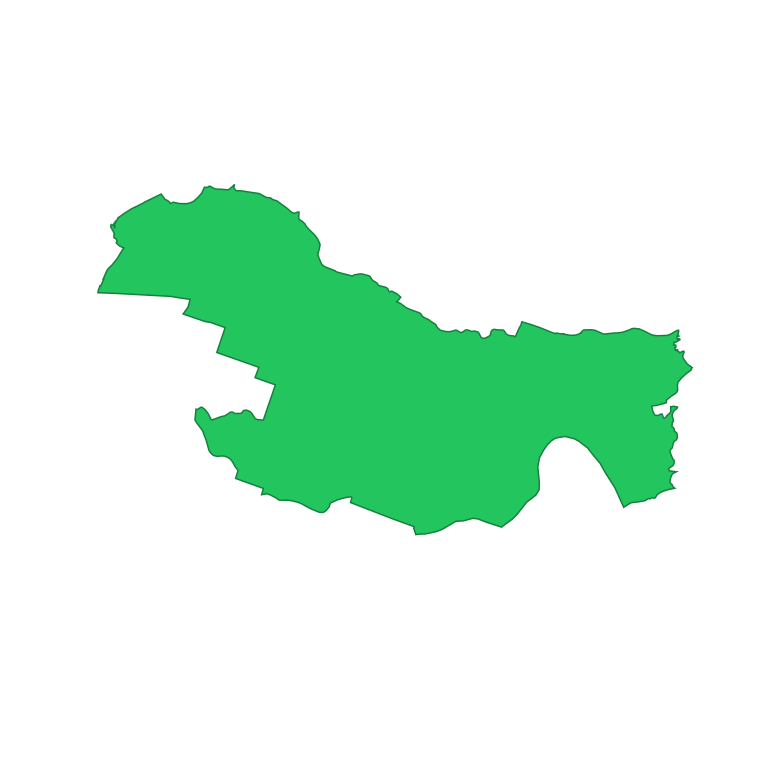 Pardina, Tulcea, Romania, rotated 198°
{"feature_id": "2599482B7661903107032", "entity_name": "Pardina", "entity_type": "district", "adm_level": 2, "iso_a3": "ROU", "parent_name": "Romania", "parent_adm1": "Tulcea", "projection": "mercator", "projection_center": [29.053, 45.284], "detail": "fine", "context": "isolated", "style": "filled", "palette": "green", "viewbox_px": 768, "rotation_deg": 198, "n_neighbors": 0, "source": "geoboundaries", "source_scale": "gbopen_adm2", "svg_char_len": 6121}
<svg xmlns="http://www.w3.org/2000/svg" viewBox="0 0 768 768"><g transform="rotate(198 384 384)"><path d="M109.7,453.5L110.3,456.2L107.2,460.9L103.7,465.4L103.1,466.6L102.8,469.0L104.5,473.2L105.0,476.4L104.1,478.5L103.4,480.6L102.7,482.1L100.2,486.4L96.2,492.3L96.1,493.6L96.4,493.9L96.0,494.9L101.7,496.7L107.5,501.0L108.1,501.9L108.5,503.1L108.6,505.2L108.4,507.1L108.8,507.7L109.2,507.8L109.9,507.6L112.4,505.1L113.9,506.1L114.5,505.9L115.4,506.3L115.5,507.4L116.0,507.2L116.7,506.2L116.9,506.1L117.3,506.2L117.3,506.7L118.1,507.1L118.6,508.3L117.9,508.7L117.7,509.2L118.5,511.2L118.8,511.2L119.9,510.5L120.7,510.7L120.6,512.0L120.9,512.4L121.1,513.2L120.4,513.7L119.3,514.0L116.2,517.7L116.4,517.9L117.0,517.8L117.3,518.2L117.8,518.1L118.1,517.8L117.9,517.1L118.3,517.0L118.7,517.3L120.0,519.1L120.0,520.0L119.8,520.3L118.9,520.2L118.3,520.4L118.4,520.8L119.9,522.1L119.8,524.5L120.1,524.8L120.1,525.3L120.5,526.2L122.2,525.2L126.3,520.5L129.3,517.9L138.2,514.6L140.2,514.1L144.0,513.5L146.4,513.7L151.5,514.6L158.5,515.3L159.6,514.8L161.9,514.6L164.1,513.9L165.6,513.0L167.3,511.4L172.8,507.1L178.5,504.4L180.2,503.9L190.1,499.5L191.5,499.4L198.8,500.2L200.9,500.2L204.1,499.5L210.3,497.3L211.2,496.7L211.6,496.1L212.1,494.7L212.2,493.6L212.7,493.7L213.7,492.1L215.2,490.9L216.9,489.7L221.7,487.9L227.0,487.1L227.7,487.0L227.8,487.4L228.3,487.4L228.4,487.1L229.9,486.9L229.9,486.6L235.9,485.7L236.1,485.0L240.7,484.9L253.1,485.8L261.9,486.0L272.1,485.8L272.0,482.1L272.7,479.4L273.7,469.6L275.6,469.8L277.3,469.3L280.8,468.8L283.5,469.4L286.1,471.7L287.0,472.1L287.7,472.1L292.2,470.7L296.3,470.0L297.4,469.1L298.1,468.0L298.3,467.2L298.1,463.7L298.8,462.0L300.7,460.1L303.2,458.1L305.9,458.2L309.7,461.9L310.8,462.5L314.1,462.4L317.1,461.0L320.3,461.3L322.8,460.9L325.9,457.1L326.4,456.8L327.7,456.7L331.6,457.6L332.7,457.4L333.7,456.5L337.4,454.2L339.3,453.5L341.6,453.0L345.7,452.6L347.4,452.7L350.2,453.9L351.5,454.8L352.8,456.3L353.9,456.8L358.6,458.0L361.4,459.0L366.2,459.6L368.5,460.3L370.5,462.0L372.0,462.6L383.1,463.0L386.8,463.5L393.2,465.7L397.3,466.1L396.5,467.4L394.9,471.8L400.0,473.9L402.3,474.1L404.8,474.7L405.8,474.6L406.5,473.5L407.2,473.3L408.4,474.1L409.5,475.5L411.0,476.2L412.1,476.5L419.3,476.1L420.6,476.7L421.6,477.8L426.6,479.0L428.7,480.3L430.3,481.8L431.8,482.3L438.4,481.9L440.9,481.3L446.2,478.5L447.4,476.9L462.4,476.0L464.6,476.1L465.0,476.4L467.7,476.7L477.2,477.3L480.3,478.7L484.4,483.2L487.0,486.8L487.3,493.1L487.8,496.0L487.7,496.4L488.2,497.3L489.6,499.0L492.4,501.8L496.1,504.4L504.0,508.3L506.3,509.6L508.8,511.9L511.1,513.0L515.7,514.4L516.7,516.2L517.9,521.2L519.1,521.0L521.2,519.1L523.3,518.5L525.9,519.1L530.3,521.1L542.5,525.1L547.0,525.0L548.8,525.8L551.0,525.7L551.8,525.3L553.9,525.1L561.4,526.6L580.6,523.4L583.9,522.2L585.1,522.5L587.0,523.8L587.6,524.6L587.6,526.4L587.8,527.1L588.2,526.9L589.0,525.2L591.0,522.0L591.8,520.9L592.8,520.4L600.7,518.5L602.5,517.8L604.9,517.4L606.4,517.5L610.3,518.3L611.1,518.3L612.3,516.9L613.9,516.0L615.5,515.7L616.4,509.2L618.6,504.0L621.2,499.4L623.6,496.9L627.2,494.6L634.3,492.4L640.5,491.8L642.5,490.0L643.3,489.6L644.2,490.8L646.8,491.6L649.4,492.0L654.6,495.8L667.5,483.4L669.5,481.1L674.7,476.0L678.1,472.8L683.8,466.0L687.4,461.0L688.2,460.1L688.0,459.9L688.4,459.3L688.4,458.2L689.2,456.8L689.1,455.9L689.8,455.5L689.1,454.3L689.1,454.0L689.8,454.0L690.4,453.6L690.4,453.0L688.9,451.8L688.5,449.4L688.8,449.5L689.1,450.7L690.1,451.7L690.7,451.1L691.1,451.4L692.5,451.5L692.8,451.0L692.7,449.4L692.2,448.7L688.4,445.2L687.3,444.0L686.6,441.5L686.4,440.3L685.6,439.5L683.6,439.2L681.9,437.1L682.4,435.7L681.7,435.1L678.4,433.6L674.6,433.0L673.4,433.2L673.3,432.5L673.6,431.7L674.2,430.9L676.5,421.0L679.4,413.3L681.9,408.6L682.7,405.6L683.5,396.9L683.0,397.0L683.7,389.8L684.5,389.8L684.6,384.3L684.3,382.4L668.5,386.9L614.0,401.4L605.1,402.7L594.6,404.6L594.1,396.8L596.7,388.5L573.2,388.1L568.0,389.0L552.5,388.5L552.8,362.3L508.2,361.2L508.6,350.2L487.0,349.6L487.5,321.5L487.6,312.3L493.1,311.1L495.7,311.2L500.1,314.8L502.1,316.1L504.3,316.6L507.0,316.6L509.4,315.4L509.8,314.4L510.1,313.0L511.2,311.7L516.9,309.9L519.6,310.5L521.3,309.8L524.6,305.6L525.7,304.4L528.6,302.8L536.2,296.9L537.3,296.8L538.3,297.6L541.8,301.3L544.3,303.1L546.5,304.4L549.1,305.4L550.0,305.6L551.0,305.3L553.3,302.4L554.3,301.9L555.0,302.0L552.7,291.4L549.4,288.6L542.2,283.6L535.2,274.8L530.0,266.8L527.6,264.9L524.3,263.4L520.7,263.5L515.8,265.5L513.2,266.1L510.1,266.0L506.4,264.9L503.4,262.6L500.2,259.5L496.1,256.7L496.0,248.3L466.5,247.4L466.2,240.9L461.7,243.3L460.6,243.5L457.6,243.3L452.0,242.4L447.8,241.1L439.0,243.9L434.1,244.6L430.0,244.8L426.6,244.8L416.4,242.9L413.0,242.5L406.0,242.0L404.4,242.3L402.3,243.0L401.1,244.1L400.1,245.4L398.2,250.0L398.2,254.2L397.7,254.7L391.5,260.2L384.1,264.9L380.5,266.5L379.4,265.9L379.3,260.9L333.4,258.4L311.2,257.6L311.2,256.1L307.2,250.6L303.2,252.5L298.8,253.9L289.1,259.5L285.5,262.2L282.4,265.2L273.4,275.5L266.0,278.5L258.2,283.6L253.4,284.7L243.5,284.2L227.9,284.2L227.1,285.6L220.2,295.1L217.2,300.9L211.8,315.7L205.3,325.1L203.8,331.4L206.0,338.7L212.2,353.0L213.3,361.9L212.0,369.4L210.0,376.4L207.2,381.9L204.5,385.1L202.3,386.6L195.5,390.1L185.9,390.7L180.7,389.7L170.6,386.1L161.7,380.1L154.1,375.4L145.8,367.8L132.2,356.5L117.9,340.8L113.2,346.6L112.2,347.5L105.4,350.6L99.7,353.7L97.1,356.8L95.5,356.9L94.2,358.6L91.9,358.8L91.0,359.4L89.8,363.4L87.3,366.6L82.6,370.4L75.2,374.8L77.1,375.4L79.5,377.8L81.0,378.0L81.8,379.5L82.4,383.1L82.1,386.4L81.7,388.0L78.8,390.9L85.5,389.6L86.8,390.5L86.8,392.2L84.4,395.1L83.7,396.6L83.6,398.5L84.4,400.9L86.1,402.0L87.2,403.1L91.1,407.9L91.4,409.5L90.1,412.3L90.6,417.8L90.0,419.4L88.6,421.4L88.4,423.9L90.0,427.5L91.1,428.2L93.4,429.0L93.9,430.7L95.3,432.0L96.7,432.3L97.1,433.2L97.8,435.7L97.3,438.4L100.0,442.8L100.6,444.6L99.8,448.6L97.9,451.0L97.7,452.8L101.7,452.3L104.3,451.0L102.8,446.5L103.1,444.9L105.0,441.7L105.9,439.0L106.6,438.2L107.8,438.2L110.2,441.3L111.5,440.9L113.7,438.7L116.9,438.1L120.1,441.3L122.5,445.8L117.9,448.0L111.7,452.0L109.7,453.5Z" fill="#22c55e" stroke="#15803d" stroke-width="1.5"/></g></svg>